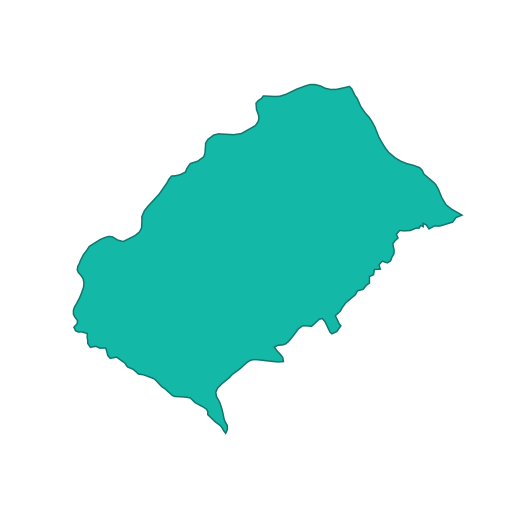 the district of Gouvelândia, Goiás, Brazil, rotated 233°
{"feature_id": "56859067B54351954418450", "entity_name": "Gouvelândia", "entity_type": "district", "adm_level": 2, "iso_a3": "BRA", "parent_name": "Brazil", "parent_adm1": "Goiás", "projection": "natural_earth1", "projection_center": [-50.175, -18.504], "detail": "fine", "context": "isolated", "style": "filled", "palette": "teal", "viewbox_px": 512, "rotation_deg": 233, "n_neighbors": 0, "source": "geoboundaries", "source_scale": "gbopen_adm2", "svg_char_len": 2900}
<svg xmlns="http://www.w3.org/2000/svg" viewBox="0 0 512 512"><g transform="rotate(233 256 256)"><path d="M379.4,358.2L378.5,355.0L378.8,351.4L378.0,348.0L372.8,344.6L366.7,342.7L363.9,340.9L362.1,338.6L360.5,334.0L362.6,318.0L366.2,311.3L376.1,299.6L378.0,295.1L378.1,287.9L376.5,283.8L369.1,277.4L366.7,274.1L366.8,266.5L369.4,259.1L367.5,253.5L365.5,250.2L366.6,244.4L368.4,240.2L370.7,236.6L369.7,232.6L368.2,229.5L363.7,216.0L360.8,199.8L359.3,194.1L356.1,188.5L353.0,186.3L347.3,181.5L345.3,177.3L345.1,171.5L347.5,158.6L352.0,155.1L357.8,152.8L360.1,150.4L361.7,146.3L362.9,141.6L364.0,128.6L362.4,124.3L360.9,118.9L358.1,113.2L356.4,110.5L355.0,107.5L352.5,104.9L349.5,104.2L346.4,104.5L342.0,104.3L338.0,102.4L334.7,99.3L331.7,94.8L329.5,91.2L327.9,88.1L326.0,84.1L324.4,80.2L322.4,77.4L319.3,75.1L316.3,74.6L311.9,74.6L309.6,72.6L308.7,67.7L304.8,66.9L302.3,68.3L300.2,71.3L295.6,74.6L292.2,71.9L289.8,70.8L287.5,69.0L282.8,68.8L280.2,73.8L276.4,75.8L272.9,80.7L265.6,77.7L262.0,78.0L259.1,83.8L249.5,86.8L244.7,86.6L239.5,89.7L232.3,91.2L228.9,94.6L219.7,100.5L217.2,101.2L208.3,102.1L204.7,103.4L195.2,105.2L192.8,106.5L185.5,115.1L182.0,118.2L175.5,119.1L167.1,123.0L163.4,124.3L160.6,123.8L158.4,122.0L152.9,122.9L148.0,123.6L141.8,125.5L138.9,125.5L135.7,125.0L132.6,125.1L134.7,128.8L138.1,131.1L142.4,131.6L145.7,132.7L148.1,133.9L153.3,136.3L160.5,138.8L163.2,139.3L167.5,139.8L171.4,141.9L173.6,145.7L174.5,151.8L174.9,161.5L175.7,165.8L175.6,170.5L175.6,175.6L176.4,183.9L176.1,188.5L174.9,191.4L172.9,194.0L170.3,196.9L168.2,199.0L164.5,203.0L160.4,207.3L157.5,210.7L155.2,214.4L159.0,216.3L163.1,216.2L167.5,215.7L172.2,215.8L171.6,219.6L168.9,223.9L167.9,227.0L168.2,230.5L168.9,234.1L170.3,239.2L172.3,246.1L172.2,251.2L169.3,255.0L166.4,258.0L167.4,268.6L166.1,271.3L162.0,271.6L157.1,270.6L150.8,269.3L148.2,269.7L147.0,274.9L149.2,281.8L151.9,281.6L154.9,282.3L160.6,283.4L161.2,290.0L163.0,294.2L164.6,299.6L165.3,312.1L167.1,316.1L164.9,321.5L166.2,326.4L166.1,330.3L171.3,334.2L170.3,338.6L174.0,342.4L170.7,347.3L175.0,349.0L175.9,353.7L171.5,356.7L171.1,360.5L173.1,363.6L174.8,367.5L177.2,369.6L183.3,372.5L184.5,376.0L184.9,380.3L189.0,381.2L189.9,386.1L186.8,389.6L183.6,394.4L181.9,400.7L180.1,403.0L181.3,405.9L178.8,407.2L181.6,409.1L178.4,410.7L173.5,410.5L172.7,416.5L169.4,420.6L164.7,433.4L166.3,438.8L164.7,445.1L175.9,440.3L182.3,438.6L190.5,439.4L199.4,441.8L204.6,442.5L207.2,442.3L211.6,441.3L220.2,439.4L224.6,440.3L228.0,439.9L233.8,436.2L238.9,432.1L244.7,428.6L250.4,426.3L258.7,424.3L264.7,424.3L272.2,425.0L277.6,425.8L287.2,428.5L293.8,429.5L298.3,429.8L304.7,429.3L312.4,429.6L320.7,431.6L324.4,431.6L332.0,433.1L335.2,432.6L338.2,425.8L340.7,420.4L344.1,415.8L348.6,412.0L352.9,409.9L357.4,406.3L360.3,402.5L362.2,397.5L364.8,388.8L367.0,377.6L369.2,371.2L372.0,367.1L379.4,358.2Z" fill="#14b8a6" stroke="#0f766e" stroke-width="1.5"/></g></svg>